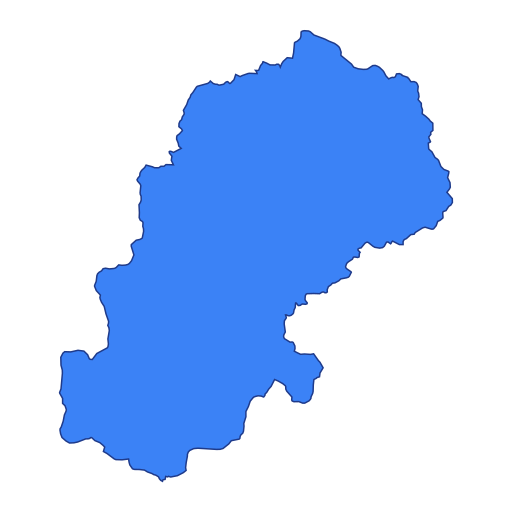 Dinh Hoa, Thái Nguyên, Vietnam
{"feature_id": "81297802B90284781247335", "entity_name": "Dinh Hoa", "entity_type": "district", "adm_level": 2, "iso_a3": "VNM", "parent_name": "Vietnam", "parent_adm1": "Thái Nguyên", "projection": "albers", "projection_center": [105.636, 21.896], "detail": "fine", "context": "isolated", "style": "filled", "palette": "blue", "viewbox_px": 512, "rotation_deg": 0, "n_neighbors": 0, "source": "geoboundaries", "source_scale": "gbopen_adm2", "svg_char_len": 5980}
<svg xmlns="http://www.w3.org/2000/svg" viewBox="0 0 512 512"><path d="M146.1,165.1L144.7,167.5L141.7,170.3L140.7,171.8L140.0,173.2L139.7,176.0L137.9,178.1L137.0,179.8L137.6,181.1L140.3,184.3L140.8,185.8L140.1,192.7L140.3,194.4L141.1,196.2L141.2,200.1L140.5,202.2L139.0,204.7L139.4,212.7L139.2,217.7L140.3,220.2L142.0,221.2L142.7,221.9L143.0,222.8L142.8,226.3L143.5,228.8L143.6,231.4L142.3,237.8L142.0,238.3L140.0,239.4L136.2,240.2L131.3,244.6L131.2,246.1L133.9,254.9L131.5,260.8L129.4,263.4L128.0,264.4L125.4,265.1L121.9,265.3L118.7,264.9L116.3,267.4L115.0,268.2L113.7,268.5L109.4,268.9L105.5,268.2L103.1,268.7L101.5,270.9L99.2,272.2L97.6,273.8L96.9,275.6L96.2,281.4L94.6,285.4L94.6,286.4L96.3,290.6L100.4,295.1L99.9,297.6L100.3,299.3L101.5,302.2L104.2,306.4L106.0,313.9L108.6,321.3L108.5,323.2L107.8,325.4L108.9,327.7L109.3,330.6L107.9,338.9L108.4,343.9L108.0,346.7L107.2,347.9L96.8,353.5L92.3,359.5L90.1,359.3L89.3,358.7L87.6,354.7L83.9,351.1L78.0,350.3L70.7,351.9L64.7,351.7L62.9,353.2L60.8,357.3L61.0,365.2L62.3,370.0L62.4,373.3L61.0,388.9L59.6,392.5L59.7,393.2L62.6,398.4L62.6,403.4L65.0,405.7L66.3,409.4L66.1,411.1L64.4,414.9L63.2,421.2L61.2,427.1L60.1,428.8L60.0,430.2L60.6,433.8L62.0,437.5L66.0,441.0L69.5,443.0L74.0,442.8L77.7,442.0L85.7,438.9L88.3,438.8L89.9,438.4L90.4,437.7L91.1,437.5L91.9,437.8L94.9,440.6L99.8,442.6L102.9,445.2L104.7,447.0L103.4,451.5L107.0,453.5L114.2,458.9L115.8,459.6L122.1,459.8L128.6,459.0L129.1,462.3L129.8,464.9L132.5,468.8L134.3,469.4L139.5,469.5L144.5,470.1L147.4,471.9L152.1,473.6L153.7,474.6L155.7,475.1L158.5,476.8L159.4,478.8L160.8,480.4L162.5,481.3L162.8,480.1L163.3,479.7L165.1,479.4L165.7,476.4L167.7,476.9L168.4,476.3L170.7,477.0L177.4,475.7L183.4,472.6L186.1,470.4L185.6,467.7L186.2,462.5L187.4,456.1L187.4,454.4L188.3,452.0L189.8,450.4L193.7,448.6L197.9,448.2L216.6,449.4L220.1,449.3L223.0,448.5L223.9,447.8L228.8,443.9L231.3,440.7L239.2,439.1L239.8,438.5L240.2,436.2L240.8,435.0L242.8,433.1L243.5,431.1L244.0,426.1L243.8,423.5L245.9,416.8L245.9,411.5L248.4,406.5L250.2,401.2L252.9,397.9L253.9,397.0L255.9,396.3L258.2,395.8L261.3,396.1L263.5,397.0L263.9,396.8L264.9,395.4L265.1,394.0L266.7,392.4L268.7,389.1L271.1,386.4L274.6,379.5L278.1,381.0L282.7,383.6L285.3,385.7L285.7,386.5L285.8,389.1L286.7,391.1L291.9,397.0L291.7,400.0L292.2,401.0L293.9,401.7L298.8,401.6L302.6,403.1L304.8,403.1L309.1,400.8L310.4,399.3L311.0,398.1L311.0,397.0L312.7,393.3L313.1,391.4L313.3,384.9L313.9,379.5L316.3,378.3L316.9,377.6L319.5,376.8L320.0,373.0L323.1,367.8L320.0,362.3L318.4,360.6L313.6,353.8L310.6,354.4L304.4,354.0L300.6,354.3L297.0,352.6L294.3,351.2L295.0,348.6L294.9,346.0L293.2,342.5L292.3,342.0L290.0,342.1L284.5,338.7L283.8,337.4L283.6,336.2L283.9,334.7L285.3,332.0L284.2,324.0L284.4,320.8L286.2,318.1L286.3,317.4L285.5,314.9L286.1,314.8L288.1,315.7L289.5,315.8L291.1,315.3L292.8,314.0L293.5,313.0L294.1,309.8L295.2,307.6L295.6,303.0L296.2,303.0L298.2,305.5L298.7,305.6L300.4,305.3L301.5,304.4L302.5,304.0L305.7,304.3L307.1,303.7L307.2,302.8L305.4,300.5L305.0,299.3L305.3,295.7L306.2,294.1L307.2,293.7L313.6,293.5L319.6,293.7L321.8,292.3L322.8,292.0L323.6,292.0L325.0,292.8L326.3,292.7L327.3,292.0L327.2,289.7L328.4,286.6L330.8,285.0L332.4,283.2L334.9,282.9L338.8,280.8L340.8,278.9L346.5,277.8L348.3,277.2L349.3,276.3L351.3,272.3L351.0,271.7L347.0,269.0L345.8,267.7L345.6,266.5L346.7,263.4L348.4,261.8L352.4,259.2L353.4,257.2L354.9,257.0L357.7,257.5L359.1,256.9L359.4,253.3L360.1,252.3L358.1,250.3L357.9,249.2L359.3,248.2L361.1,247.9L365.0,243.2L366.5,242.3L367.7,242.2L368.7,242.8L372.9,246.2L374.8,247.3L379.6,248.1L382.6,247.6L384.3,246.2L386.5,242.2L388.0,242.0L390.6,243.8L391.2,243.1L392.0,241.5L392.6,241.1L399.4,244.6L403.1,244.6L403.1,241.6L403.8,240.1L404.6,239.4L406.4,238.6L410.8,234.6L414.2,234.2L415.2,232.5L422.6,227.9L425.1,227.2L431.3,229.1L433.0,229.1L433.7,228.7L436.2,225.7L437.7,221.4L440.0,220.4L442.8,218.1L443.0,217.3L442.7,212.8L443.0,211.9L443.7,211.4L446.0,210.6L448.7,206.4L450.8,205.1L452.4,202.5L452.3,198.6L446.9,192.3L449.5,188.9L450.3,187.2L450.0,182.6L447.6,177.7L448.7,173.3L448.9,171.7L448.2,171.1L443.8,169.4L440.9,166.5L438.5,160.3L437.2,159.0L435.0,157.5L431.9,151.8L429.3,149.6L428.7,148.8L428.3,143.1L430.1,142.2L430.5,141.7L429.0,138.2L428.8,136.9L430.9,134.3L430.6,132.7L430.8,132.2L432.9,130.4L432.8,123.2L430.2,121.0L428.9,119.2L425.6,116.2L422.2,113.7L422.5,109.8L421.4,106.7L421.3,103.3L418.1,99.6L419.0,96.7L418.6,93.2L417.7,91.1L418.2,86.4L417.3,84.0L416.2,82.5L414.1,81.6L410.9,81.7L408.5,78.2L407.6,77.7L407.6,77.3L402.2,75.5L401.8,75.2L401.8,74.6L399.4,73.6L396.5,73.9L395.5,76.4L395.0,77.0L393.8,77.6L392.9,77.3L391.3,77.6L388.7,78.9L385.9,75.8L383.8,71.8L382.8,70.5L379.4,67.3L377.4,66.2L375.2,65.4L372.7,65.6L367.6,69.0L366.3,69.3L363.3,69.4L358.2,68.8L353.7,67.2L351.5,64.1L341.1,55.6L340.9,55.1L341.1,52.2L339.8,48.3L338.8,46.7L337.1,45.2L334.5,43.4L328.8,41.1L325.1,39.2L313.9,35.0L310.3,31.8L308.6,31.0L304.2,30.7L302.2,31.1L301.1,32.0L300.9,36.5L300.1,38.7L297.3,41.2L295.1,42.2L294.5,42.8L293.6,52.9L292.5,58.2L287.2,57.7L283.2,61.4L281.7,63.7L280.3,67.1L279.8,65.7L278.6,64.3L276.8,64.2L275.2,65.0L270.0,64.9L266.6,63.1L263.1,61.7L262.8,61.9L262.6,63.1L260.6,65.5L258.7,70.2L257.7,70.5L255.5,70.4L256.5,71.7L257.1,73.6L249.6,73.3L248.1,73.5L242.4,75.5L240.1,76.6L235.7,74.5L234.0,79.7L230.4,83.4L229.7,83.5L227.9,81.8L227.2,81.6L225.6,82.3L223.7,84.2L219.6,85.1L218.5,85.0L217.3,84.3L215.3,84.2L213.2,83.5L210.3,81.0L209.6,82.1L207.8,83.4L197.3,86.3L196.4,87.1L192.8,92.6L190.9,94.8L190.1,97.4L188.3,99.9L186.7,104.6L183.4,110.3L184.2,113.0L184.0,114.4L182.3,116.9L181.6,119.7L180.0,121.1L179.0,123.5L178.9,126.7L181.6,129.0L182.4,130.6L179.5,133.8L177.1,135.6L176.7,136.8L176.6,139.2L178.2,143.1L178.8,146.1L181.2,148.4L173.5,152.4L170.8,151.3L169.7,151.3L169.2,151.7L169.4,153.1L171.9,156.2L171.3,160.3L173.4,164.8L166.0,164.6L164.0,166.3L160.8,166.3L159.1,167.6L158.2,167.8L154.4,167.7L152.5,166.8L146.1,165.1Z" fill="#3b82f6" stroke="#1e3a8a" stroke-width="1.5"/></svg>